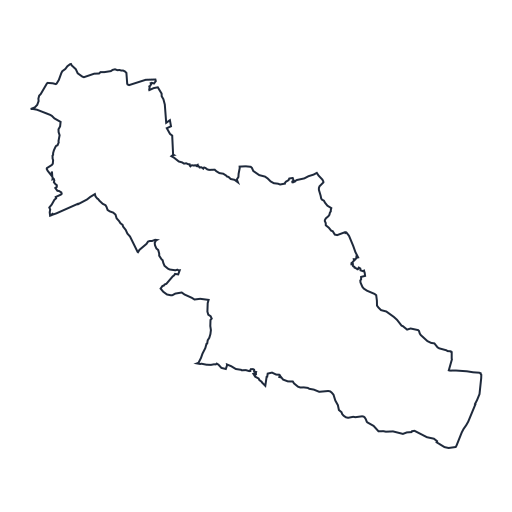 Slivilesti, Gorj, Romania (orthographic projection)
{"feature_id": "2599482B46387376395238", "entity_name": "Slivilesti", "entity_type": "district", "adm_level": 2, "iso_a3": "ROU", "parent_name": "Romania", "parent_adm1": "Gorj", "projection": "orthographic", "projection_center": [23.089, 44.793], "detail": "fine", "context": "isolated", "style": "outline", "palette": "slate", "viewbox_px": 512, "rotation_deg": 0, "n_neighbors": 0, "source": "geoboundaries", "source_scale": "gbopen_adm2", "svg_char_len": 5981}
<svg xmlns="http://www.w3.org/2000/svg" viewBox="0 0 512 512"><path d="M448.6,448.0L455.7,447.0L456.5,445.6L461.8,432.3L463.6,428.9L466.2,425.2L468.2,421.7L475.4,404.3L475.0,404.0L477.0,400.2L479.5,394.1L481.2,378.1L481.3,374.8L480.8,374.3L480.7,373.3L479.2,372.7L473.2,372.3L467.0,371.3L455.6,370.5L449.9,370.6L448.8,370.3L451.9,359.4L451.7,358.5L451.7,352.1L450.9,351.8L450.7,351.3L447.6,351.1L446.4,350.3L439.1,348.3L437.5,347.3L434.4,343.4L431.1,342.9L427.4,341.1L420.8,335.1L419.8,333.6L419.0,331.0L418.1,330.1L410.6,328.5L407.1,329.6L402.8,326.1L401.6,325.7L397.0,319.8L393.8,316.9L386.3,311.5L381.0,310.1L378.4,307.5L377.0,305.6L376.9,300.7L376.2,295.2L374.5,293.9L367.0,290.7L363.8,288.6L362.4,286.9L360.5,282.5L360.3,280.5L361.1,279.4L361.1,276.9L365.1,275.9L364.7,272.9L364.0,270.6L363.0,271.2L360.5,270.3L360.3,268.5L358.8,267.6L357.9,269.2L357.4,269.3L356.7,268.6L354.5,267.6L354.4,266.8L353.2,266.3L352.8,265.7L352.9,264.4L351.8,264.3L352.2,263.7L351.5,263.4L351.6,262.9L352.6,262.6L352.6,262.1L354.1,260.5L353.8,259.2L354.1,259.2L354.5,259.9L355.2,259.6L356.3,258.1L356.4,257.0L357.3,257.6L358.1,257.4L355.4,252.1L353.2,245.9L349.0,235.8L346.4,232.5L345.4,233.0L345.0,232.2L337.2,235.1L334.8,234.6L332.7,231.2L331.2,230.7L328.8,227.7L325.8,225.3L325.7,223.0L324.8,221.0L324.9,220.1L325.8,218.4L328.4,216.2L329.4,214.8L329.9,212.7L330.8,211.3L330.8,209.9L331.3,208.1L327.4,205.7L325.0,202.7L323.9,200.7L321.9,199.6L321.2,198.5L320.6,195.6L318.9,189.9L318.9,188.0L319.5,186.3L323.4,182.4L323.3,181.4L322.4,179.6L318.5,175.5L316.8,172.9L313.6,174.6L308.5,176.2L304.3,178.4L296.9,180.0L294.8,181.2L294.9,181.5L292.9,182.4L292.4,182.3L292.3,181.5L293.6,180.5L292.7,178.0L289.3,178.5L288.5,180.2L285.9,181.7L284.9,183.0L284.9,183.6L280.1,184.5L278.0,183.7L273.8,183.2L270.6,181.4L267.7,178.5L265.0,176.6L259.2,175.1L253.3,171.0L251.9,167.9L250.7,166.8L245.7,166.3L239.6,166.6L239.7,168.1L238.6,173.8L238.4,177.0L236.8,179.5L237.9,182.3L234.5,179.8L230.7,179.0L228.5,176.9L227.1,176.6L226.2,175.6L223.2,173.7L219.4,173.1L216.3,171.2L214.7,169.7L209.2,169.9L207.3,169.4L205.5,168.0L204.1,167.5L203.5,167.9L203.2,168.6L201.5,167.3L199.7,167.5L199.5,166.9L197.7,166.2L198.0,165.5L197.5,165.3L197.5,164.9L196.5,165.4L196.4,165.9L195.1,165.2L194.0,165.6L192.7,165.3L191.3,165.4L190.4,166.3L189.8,165.6L189.6,164.3L188.2,164.2L186.2,163.3L184.0,163.6L182.1,162.4L178.8,161.5L173.9,157.6L171.4,156.2L172.7,155.2L173.8,155.0L173.1,154.6L172.2,135.6L170.0,133.9L166.8,128.2L171.0,126.3L169.9,120.2L166.2,122.8L164.8,104.5L163.4,99.2L161.7,96.3L161.6,93.6L157.8,87.3L153.7,88.1L149.3,90.1L149.2,89.8L149.6,87.6L149.3,86.4L149.9,86.1L151.2,84.2L150.7,83.2L151.7,82.8L154.0,83.5L155.8,81.1L155.4,79.5L145.7,79.8L129.1,85.1L127.6,84.5L127.2,83.7L126.4,72.9L124.9,71.4L123.0,70.5L121.1,70.5L119.5,70.0L117.4,70.2L115.0,69.3L112.6,69.9L110.9,71.1L104.5,72.1L100.5,72.1L99.1,73.5L94.2,73.7L83.9,77.2L82.3,76.6L77.7,73.3L75.8,69.2L71.7,65.4L71.0,64.0L70.1,64.2L67.4,66.2L65.3,69.0L62.3,71.2L61.4,72.9L58.8,80.0L56.6,83.6L55.8,84.1L52.8,83.3L47.6,82.9L46.9,83.5L40.7,94.1L39.2,95.6L38.4,98.6L38.6,101.1L37.2,104.9L34.8,107.4L30.7,109.0L33.1,109.0L36.9,109.7L50.2,114.9L51.9,115.9L54.4,118.4L60.6,121.9L60.1,126.4L58.5,129.3L58.6,132.1L59.6,135.2L58.5,141.1L58.7,142.4L57.5,145.3L56.2,145.8L55.4,147.0L53.9,150.3L53.1,153.1L53.1,154.8L52.5,155.7L52.6,158.6L53.1,160.2L52.8,163.7L51.8,165.0L46.9,168.1L46.7,168.9L47.6,170.7L51.3,175.4L51.8,172.4L52.0,172.4L52.3,176.8L52.7,177.8L52.5,179.3L53.6,178.8L53.9,179.1L54.3,180.5L53.9,182.3L55.4,184.1L56.8,185.2L56.8,186.9L55.3,188.0L57.4,190.8L59.0,191.0L61.3,192.4L61.7,193.8L60.9,194.6L55.7,197.0L56.1,198.3L54.4,199.8L51.7,204.6L49.3,207.5L50.2,209.6L49.7,212.2L50.1,215.7L51.7,215.1L52.0,214.2L52.6,213.8L53.1,214.5L56.3,213.4L77.9,203.8L78.1,204.2L87.0,199.5L90.3,196.9L94.9,194.1L95.5,196.4L97.4,198.7L98.1,199.0L99.4,200.7L102.7,203.8L105.5,205.2L106.5,206.9L107.6,210.0L109.8,211.4L113.2,212.6L115.5,214.6L116.6,218.3L119.1,221.1L120.4,223.2L122.6,224.9L123.1,226.6L125.7,229.9L127.4,233.6L130.0,236.5L137.6,251.9L138.0,252.2L139.5,249.8L146.5,243.9L148.0,241.6L149.7,241.0L152.0,241.0L155.2,239.8L156.8,240.0L155.9,240.5L154.7,242.9L155.0,245.3L156.4,248.5L158.2,250.0L159.2,253.6L159.2,255.7L161.6,259.4L162.6,260.2L163.3,262.9L164.5,265.8L168.0,268.7L169.7,269.5L175.4,270.3L177.4,269.7L178.6,270.4L179.7,270.3L178.2,274.4L175.0,273.9L174.2,275.3L172.7,276.4L166.4,283.8L164.6,284.5L163.7,285.7L162.5,285.9L160.6,288.6L163.3,291.8L167.0,294.5L171.0,295.3L172.4,295.2L175.3,293.6L181.7,292.5L184.5,294.5L191.8,297.8L194.5,299.5L200.2,298.8L208.6,299.9L207.7,303.1L207.4,311.6L208.3,314.7L210.6,316.2L211.7,318.6L210.5,319.9L210.3,326.0L210.9,330.1L210.4,334.1L209.3,337.8L207.7,340.3L207.2,343.5L206.5,343.8L205.3,348.1L202.5,353.6L201.0,357.9L198.5,362.8L197.0,363.4L200.2,364.0L201.4,363.7L206.4,364.7L210.9,364.9L214.0,364.3L215.8,364.4L216.7,363.6L218.5,364.7L221.4,367.9L225.8,369.0L227.1,365.1L227.0,364.5L231.2,366.2L235.8,369.0L241.0,369.8L241.8,370.3L245.8,370.1L249.2,371.1L250.2,371.0L250.1,370.5L250.8,369.2L252.9,369.1L254.1,369.7L254.1,371.4L256.1,372.0L255.8,372.8L256.0,374.3L255.2,375.0L254.1,373.6L253.4,373.8L255.2,376.7L258.6,378.5L259.4,380.1L261.7,381.8L261.9,382.4L265.3,385.8L266.6,376.9L267.2,376.7L267.7,373.6L272.0,372.6L276.2,374.6L279.2,374.7L279.9,375.3L279.3,377.0L280.7,377.4L281.0,377.0L283.1,379.6L287.9,381.4L292.8,381.5L294.0,383.4L298.0,386.7L300.3,387.5L303.8,387.4L307.8,387.9L309.3,388.8L313.8,389.6L319.2,391.8L328.2,391.0L330.2,391.4L331.7,392.6L333.5,394.7L335.3,400.5L337.9,405.2L338.9,410.0L341.5,412.2L342.2,414.1L343.6,415.7L345.9,417.3L348.1,417.8L353.2,416.8L355.4,417.2L362.1,416.3L363.6,416.6L364.6,417.3L365.8,419.2L366.8,421.8L367.4,422.4L373.6,425.9L378.5,431.3L383.5,431.2L385.9,431.7L393.0,431.4L402.9,433.9L406.9,432.4L411.5,432.1L412.0,431.2L414.5,430.8L426.9,437.2L433.9,438.7L437.1,441.2L436.6,442.3L444.5,447.1L448.6,448.0Z" fill="none" stroke="#1e293b" stroke-width="2"/></svg>